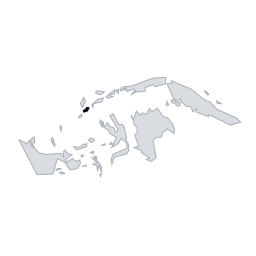 Alor, Nusa Tenggara Timur, Indonesia shown in context, rotated 152°
{"feature_id": "22746128B1117135414899", "entity_name": "Alor", "entity_type": "district", "adm_level": 2, "iso_a3": "IDN", "parent_name": "Indonesia", "parent_adm1": "Nusa Tenggara Timur", "projection": "equal_earth", "projection_center": [124.34, -8.333], "detail": "fine", "context": "in_parent", "style": "filled", "palette": "ink", "viewbox_px": 256, "rotation_deg": 152, "n_neighbors": 0, "source": "geoboundaries", "source_scale": "gbopen_adm2", "svg_char_len": 5581}
<svg xmlns="http://www.w3.org/2000/svg" viewBox="0 0 256 256"><g transform="rotate(152 128 128)"><path d="M90.0,101.5L93.9,108.6L99.7,107.7L102.7,104.4L107.8,106.3L111.8,105.0L117.1,88.5L123.4,87.6L126.5,91.5L123.2,91.9L127.7,99.8L126.5,101.6L131.8,107.8L127.0,107.1L125.5,118.4L121.8,120.1L119.7,124.5L121.0,127.6L119.6,132.6L112.7,138.9L111.1,133.3L108.2,134.6L105.2,131.4L100.0,135.2L99.2,131.2L92.8,131.6L91.6,121.5L88.3,118.6L86.9,111.6L87.5,104.8L90.0,101.5ZM25.8,80.2L36.1,82.4L49.3,100.6L50.9,102.0L51.6,100.2L60.4,110.3L58.3,112.5L63.3,112.0L62.3,117.2L66.4,120.0L68.6,126.4L67.7,129.4L71.1,128.1L74.0,132.5L72.8,148.8L67.8,147.0L67.7,149.3L54.0,132.9L48.3,118.8L43.1,111.6L40.6,102.5L27.3,85.7L25.8,80.2ZM230.2,129.5L229.8,168.6L225.5,163.1L226.1,161.5L220.6,163.3L221.5,159.4L220.0,157.4L220.5,157.1L221.4,157.3L221.9,157.1L219.4,155.5L220.6,155.1L218.3,148.0L213.6,143.6L198.9,136.8L198.3,132.2L196.3,137.3L194.1,138.2L193.4,133.6L189.9,130.6L197.7,129.6L198.7,126.4L191.4,127.3L189.7,123.2L185.6,122.4L186.7,118.9L191.8,115.9L198.9,118.3L199.9,127.7L204.6,134.1L216.0,122.7L230.2,129.5ZM158.2,107.8L153.2,111.9L139.0,110.6L137.2,112.1L136.7,117.1L139.4,122.0L143.4,118.8L151.7,118.5L142.4,125.1L146.6,131.3L146.5,135.6L149.2,140.2L143.5,142.4L143.6,138.4L140.4,135.0L141.1,130.4L139.3,129.8L137.6,131.5L138.3,147.4L134.4,147.6L134.7,138.1L134.0,134.9L131.3,134.2L130.9,130.2L134.2,119.2L135.7,119.0L135.1,114.3L137.6,107.9L141.2,105.8L154.0,108.6L159.2,103.6L158.2,107.8ZM74.3,149.4L84.4,151.6L85.9,154.7L93.8,155.6L95.5,152.5L103.2,155.5L105.3,159.9L111.6,160.7L111.5,164.3L112.4,166.5L106.4,163.6L82.6,160.3L70.7,154.9L74.3,149.4ZM171.0,108.7L175.2,104.3L173.3,109.3L176.2,112.5L171.7,112.0L174.1,119.1L170.8,115.2L169.6,106.9L172.3,100.5L171.0,108.7ZM173.0,131.0L183.6,132.6L184.7,137.0L180.4,133.8L174.5,134.6L172.7,132.8L171.7,134.8L173.0,131.0ZM148.9,165.6L141.1,167.5L135.6,166.1L139.2,163.4L146.8,165.7L149.5,162.5L148.9,165.6ZM126.5,162.8L131.7,163.7L132.6,165.9L122.2,167.9L123.8,164.1L127.4,166.3L128.6,165.5L126.5,162.8ZM158.4,167.6L158.6,171.9L152.7,175.8L153.0,171.6L158.4,167.6ZM73.9,123.8L75.4,128.6L77.4,129.3L76.8,132.3L73.8,130.8L72.8,126.9L69.9,126.1L71.3,123.3L73.9,123.8ZM219.0,163.6L215.0,164.2L217.0,159.3L220.1,158.3L221.1,160.1L219.0,163.6ZM136.6,170.2L139.0,172.2L140.1,174.5L137.7,175.3L131.9,171.0L136.6,170.2ZM167.1,132.4L168.7,135.7L166.3,136.8L163.5,134.4L163.6,132.5L167.1,132.4ZM111.8,162.9L117.3,164.4L114.9,167.0L111.8,162.9ZM120.4,163.1L121.3,167.2L118.0,166.6L120.4,163.1ZM83.7,130.0L81.0,133.1L81.2,129.2L83.7,130.0ZM201.5,146.5L202.1,151.7L200.9,151.9L199.8,148.1L201.5,146.5ZM110.0,155.7L105.8,157.3L104.0,156.3L110.0,155.7ZM150.6,141.2L150.6,145.9L148.2,147.9L149.1,141.6L150.6,141.2ZM33.8,105.2L37.6,107.9L37.1,110.4L33.8,105.2ZM43.2,124.5L41.7,123.5L41.0,119.6L42.1,119.5L43.2,124.5ZM186.9,161.9L186.1,160.0L188.4,156.6L188.2,159.7L186.9,161.9ZM182.7,114.2L187.1,115.5L182.2,115.0L182.7,114.2ZM156.1,123.8L160.1,125.1L155.7,125.0L156.1,123.8ZM148.7,143.5L146.6,145.8L148.5,141.6L148.7,143.5ZM205.2,117.7L207.5,118.1L209.6,120.4L207.6,120.9L205.2,117.7ZM166.8,159.9L165.3,161.6L162.3,161.8L163.1,159.9L166.8,159.9ZM201.3,152.6L200.3,155.0L199.3,154.9L199.4,151.1L201.3,152.6ZM172.8,123.8L170.2,124.2L169.5,123.4L170.6,121.8L172.8,123.8ZM205.6,123.4L208.9,123.7L211.9,124.6L209.0,125.2L205.6,123.4ZM149.4,120.9L152.1,122.5L149.3,123.3L149.4,120.9ZM174.9,100.4L173.1,99.9L174.9,98.1L174.9,100.4ZM156.0,164.4L159.0,163.0L159.3,163.9L156.0,164.4ZM182.7,124.0L182.2,126.1L179.9,125.0L181.1,124.4L182.7,124.0ZM119.9,136.4L118.8,137.9L119.7,133.4L119.9,136.4ZM170.2,115.7L171.6,118.6L171.1,119.1L169.0,116.8L170.2,115.7Z" fill="#d9dde1" stroke="#a8b0b8" stroke-width="1"/><path d="M156.9,162.7L156.7,162.6L156.4,162.7L156.3,162.8L156.2,162.9L156.1,163.1L156.0,163.3L156.1,163.6L156.3,163.5L156.3,163.4L156.5,163.3L156.5,163.2L156.5,163.3L156.6,163.2L156.7,163.3L156.7,163.2L156.8,163.2L156.7,163.3L156.5,163.5L156.5,163.4L156.4,163.4L156.3,163.5L156.2,163.6L156.1,163.8L156.0,164.0L155.9,164.1L155.8,164.3L155.8,164.5L156.0,164.5L156.3,164.6L156.5,164.4L156.6,164.5L156.8,164.5L157.0,164.5L157.0,164.4L157.3,164.3L157.3,164.2L157.3,164.3L157.5,164.3L157.8,164.3L158.0,164.2L158.3,164.1L158.5,164.0L158.8,164.0L159.0,164.0L159.3,163.9L159.3,163.7L159.4,163.4L159.3,163.2L159.2,163.1L159.2,162.9L158.9,162.8L158.7,162.9L158.4,162.8L158.2,162.9L157.9,162.9L157.7,162.8L157.4,162.9L157.2,162.9L157.0,163.0L156.9,163.1L156.9,162.8L157.0,162.7L156.9,162.6L156.9,162.7ZM155.6,163.9L155.7,163.7L155.6,163.4L155.7,163.2L155.4,163.1L155.3,163.3L155.2,163.4L155.2,163.5L155.0,163.8L154.9,163.8L154.9,164.0L154.7,164.1L154.8,164.1L154.7,164.2L154.7,163.9L154.6,163.7L154.4,163.8L154.2,163.9L154.1,164.0L154.0,164.3L154.0,164.5L153.9,164.5L154.0,164.6L154.2,164.4L154.3,164.4L154.4,164.5L154.5,164.6L154.4,164.6L154.5,164.6L154.5,164.8L154.5,165.0L154.8,165.2L155.0,165.0L155.0,164.9L155.2,164.7L155.2,164.4L155.3,164.3L155.3,164.2L155.5,164.0L155.5,163.9L155.6,163.9ZM155.9,163.6L155.7,163.6L155.7,163.8L155.9,163.9L156.0,163.7L155.9,163.6L155.9,163.6ZM154.1,164.0L153.9,164.1L154.0,164.2L154.1,164.0ZM153.6,164.4L153.5,164.1L153.4,164.1L153.4,164.3L153.5,164.4L153.6,164.4ZM156.0,163.2L155.9,163.1L155.9,163.3L156.0,163.2ZM155.6,164.7L155.5,164.8L155.6,164.7ZM154.6,163.4L154.7,163.2L154.6,163.3L154.6,163.4ZM154.4,163.3L154.5,163.2L154.4,163.2L154.4,163.3L154.4,163.3ZM156.0,163.0L156.0,162.9L155.9,162.9L155.9,163.0L156.0,163.0ZM153.8,164.5L153.7,164.5L153.8,164.5L153.8,164.5Z" fill="#0f172a" stroke="#020617" stroke-width="1.5"/></g></svg>